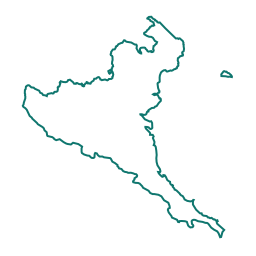 outline of Osa, Puntarenas, Costa Rica, rotated 179°
{"feature_id": "36466004B23652443238408", "entity_name": "Osa", "entity_type": "district", "adm_level": 2, "iso_a3": "CRI", "parent_name": "Costa Rica", "parent_adm1": "Puntarenas", "projection": "orthographic", "projection_center": [-83.568, 8.892], "detail": "fine", "context": "isolated", "style": "outline", "palette": "teal", "viewbox_px": 256, "rotation_deg": 179, "n_neighbors": 0, "source": "geoboundaries", "source_scale": "gbopen_adm2", "svg_char_len": 5833}
<svg xmlns="http://www.w3.org/2000/svg" viewBox="0 0 256 256"><g transform="rotate(179 128 128)"><path d="M146.7,185.2L146.2,183.7L145.8,183.6L145.9,183.0L145.5,182.6L144.0,183.6L144.1,184.2L143.8,184.6L142.8,184.7L142.3,184.0L141.8,181.7L142.4,179.5L142.8,179.3L142.7,178.3L143.7,177.4L146.3,177.3L146.9,176.5L147.9,176.0L150.1,176.9L153.3,176.3L153.6,176.7L154.7,176.9L155.5,178.6L156.3,179.4L156.9,179.4L158.4,178.6L159.0,177.9L160.9,177.8L161.6,176.0L163.8,174.6L164.7,173.0L165.4,173.0L166.2,173.5L167.1,173.2L167.7,174.4L168.5,174.6L168.7,173.6L169.8,173.3L170.5,172.2L171.6,171.8L171.2,170.6L171.5,170.4L172.8,170.8L173.3,171.8L173.2,172.9L173.5,173.2L174.8,172.5L176.4,172.9L178.2,173.9L179.0,173.8L179.3,173.1L181.1,173.2L182.2,174.8L185.2,177.3L187.1,176.9L187.6,175.8L188.2,175.3L189.5,174.9L192.0,175.1L194.4,175.9L194.7,175.2L195.2,175.1L195.5,174.4L194.9,173.8L195.9,170.8L196.6,170.4L197.0,170.5L197.6,169.8L197.4,168.2L197.8,166.2L198.7,165.5L200.9,165.4L201.9,163.9L202.9,163.8L203.7,164.2L207.4,163.5L208.1,162.9L208.6,161.3L210.2,162.1L212.3,162.4L213.3,164.0L215.2,164.8L216.1,166.8L220.5,168.9L221.6,170.0L223.9,170.3L226.0,172.3L227.0,172.5L227.8,172.3L229.3,171.2L229.7,168.6L230.4,167.8L230.6,164.5L230.2,163.7L230.4,162.5L230.1,161.5L230.2,159.3L231.7,155.2L232.0,153.4L232.8,152.0L232.2,150.9L230.4,149.7L228.9,148.0L226.1,141.8L224.0,140.0L223.6,139.1L218.9,134.6L218.1,133.4L213.4,130.4L212.2,129.2L211.5,127.1L209.4,125.2L209.0,122.2L208.6,121.4L203.9,120.2L202.5,119.2L201.9,118.2L200.0,117.1L196.5,118.0L192.6,115.0L190.2,113.6L188.8,113.1L185.4,112.5L183.2,114.2L177.9,112.8L174.2,110.2L174.8,108.3L174.8,104.8L174.5,103.8L172.4,102.3L169.3,101.2L167.1,100.9L165.8,99.4L164.6,98.7L162.8,98.7L162.0,99.5L161.8,102.5L161.2,103.6L159.6,103.1L158.6,101.4L157.0,100.0L154.0,99.9L152.5,99.1L146.4,98.2L145.7,97.6L144.2,94.6L141.7,93.2L139.1,91.1L139.2,89.9L138.3,89.2L137.7,87.8L135.2,87.1L133.6,85.0L131.9,84.2L129.8,83.8L128.7,83.2L125.8,83.2L123.4,82.5L122.0,81.8L120.7,81.7L120.1,81.1L119.7,80.4L119.9,79.3L122.4,77.6L122.4,76.5L123.9,74.6L123.7,73.7L121.3,73.0L118.9,72.9L117.3,72.2L114.7,69.4L114.0,68.0L108.5,64.9L106.9,62.6L104.5,61.5L102.9,61.5L98.7,60.7L95.8,59.1L93.2,55.1L89.0,52.6L87.8,49.3L87.6,47.4L89.1,46.7L89.6,45.4L88.8,42.9L86.1,39.2L85.6,37.7L80.6,35.4L79.5,33.1L78.5,33.0L78.1,34.0L76.1,34.1L72.7,33.8L70.8,33.2L69.6,29.5L69.0,28.7L67.4,27.5L65.2,27.7L64.5,28.5L64.4,29.2L64.7,29.9L65.7,31.0L66.0,33.7L65.2,34.7L63.8,35.1L62.3,34.9L59.6,33.6L55.0,32.8L52.3,31.8L50.6,31.7L49.4,30.9L46.6,27.0L43.7,24.8L40.6,23.1L39.2,21.0L37.8,17.2L36.8,17.4L35.4,22.3L33.6,24.4L40.4,30.6L40.9,31.7L40.9,33.1L40.0,33.3L40.3,34.2L41.7,33.9L43.0,35.1L44.1,35.1L46.0,36.7L47.5,36.4L48.9,37.2L49.5,37.1L50.9,38.6L54.2,39.1L55.4,40.0L55.9,41.4L57.2,41.3L58.0,41.9L61.3,45.1L64.4,50.3L64.4,52.7L64.2,53.9L63.6,54.9L64.0,55.0L64.9,53.9L67.0,53.5L70.0,54.1L72.7,55.6L73.1,56.7L74.5,59.0L76.0,59.7L77.2,60.9L77.3,61.4L80.7,64.8L82.5,65.6L82.7,66.6L84.4,68.6L84.0,69.7L84.6,70.3L85.5,70.3L86.3,71.0L86.8,71.9L86.9,73.5L88.3,74.2L89.7,75.4L91.0,78.5L92.1,80.1L93.4,80.3L93.4,79.0L94.6,78.6L96.5,80.3L98.0,82.1L98.6,83.5L96.8,83.3L96.4,83.8L96.4,84.5L96.8,86.3L99.2,90.2L100.0,93.5L100.2,97.3L99.8,100.5L100.1,104.8L100.6,108.6L101.4,110.0L102.6,110.4L101.9,112.4L101.8,113.7L103.3,117.6L102.5,119.1L103.4,120.7L106.1,120.8L105.9,122.3L106.4,123.2L110.0,127.0L110.6,128.2L110.6,128.8L108.9,128.7L107.4,128.3L106.2,127.0L105.4,126.6L104.5,126.8L103.7,127.7L103.8,132.6L104.7,134.3L106.1,134.1L111.0,136.4L113.9,140.2L115.4,141.2L115.4,141.5L113.9,141.5L112.0,140.8L110.2,141.0L109.3,141.9L108.8,143.6L108.1,144.3L107.8,144.0L107.3,144.1L107.1,145.6L103.8,147.6L102.0,147.7L101.4,147.9L100.6,148.9L99.0,149.4L96.8,152.5L94.7,154.6L94.7,156.4L95.2,157.1L96.0,156.9L97.6,160.3L98.9,160.9L101.1,160.4L102.3,161.2L101.2,161.8L98.1,161.7L97.0,162.9L96.2,162.9L96.0,163.3L95.9,164.4L96.3,164.8L97.2,167.4L97.7,171.7L97.4,172.5L95.8,173.4L95.5,174.0L95.5,178.0L95.2,180.1L94.0,183.0L92.5,184.3L91.0,185.1L89.5,185.2L88.4,183.9L87.5,183.8L84.5,184.8L83.7,184.5L82.5,184.8L80.7,186.0L79.7,186.1L79.1,186.7L78.4,186.7L77.9,187.3L77.7,188.6L76.7,189.2L76.5,189.9L76.8,191.6L76.4,191.9L76.4,192.6L77.1,194.6L76.9,196.9L75.5,197.8L74.7,198.8L72.0,199.4L71.7,200.0L71.8,200.8L72.4,201.1L72.5,202.7L71.0,203.9L70.6,206.1L71.0,209.2L70.8,210.3L71.3,211.0L71.0,212.1L71.7,214.0L74.7,216.7L75.6,216.6L76.1,216.2L76.9,216.8L78.6,216.7L88.9,227.0L94.4,233.0L95.4,232.8L96.7,233.2L97.0,234.0L97.4,234.1L98.3,235.0L99.1,235.1L99.1,235.8L101.4,237.1L102.7,238.8L105.1,238.7L106.7,237.5L106.8,237.1L104.3,236.0L103.8,234.8L101.3,233.5L100.6,232.7L100.0,230.2L100.8,230.0L100.9,229.8L102.1,230.0L102.5,229.4L104.1,228.8L104.4,227.9L105.1,227.5L105.7,226.4L107.1,225.5L108.0,224.0L110.1,222.9L110.3,221.9L109.9,221.3L107.5,219.8L105.4,218.9L103.1,218.7L101.5,217.7L99.6,214.6L97.4,213.4L98.1,211.7L98.8,211.4L100.2,209.8L101.0,209.5L101.5,206.3L100.9,205.4L101.3,204.7L101.3,204.0L102.3,203.5L103.3,203.5L103.6,204.5L106.3,204.0L107.2,204.6L107.9,205.9L108.9,206.7L109.4,207.8L110.1,208.1L112.6,208.1L114.0,207.8L114.7,206.7L114.7,205.1L113.5,203.1L113.5,202.3L114.3,202.4L116.1,203.7L118.1,207.5L117.7,210.0L118.2,211.2L119.9,211.4L123.2,213.4L127.7,214.2L128.9,214.8L129.7,215.7L130.5,215.7L132.1,213.3L133.1,213.2L136.2,211.9L137.4,210.2L138.2,210.1L138.8,209.3L138.7,208.9L139.9,206.9L141.8,206.7L143.6,204.2L143.5,203.2L144.0,202.4L144.1,201.7L143.8,201.1L142.7,200.4L142.3,199.6L142.2,196.3L142.7,194.5L142.9,192.5L142.1,191.4L141.8,189.9L142.5,189.4L142.8,188.2L143.3,187.8L143.2,186.6L145.0,186.2L146.7,185.2ZM25.7,177.6L23.3,177.1L23.2,177.8L24.1,179.2L26.2,181.1L27.5,181.4L28.5,182.6L29.6,182.5L30.4,183.1L31.4,183.0L33.8,180.0L33.7,178.3L29.3,178.0L27.0,177.4L25.7,177.6Z" fill="none" stroke="#0f766e" stroke-width="2"/></g></svg>